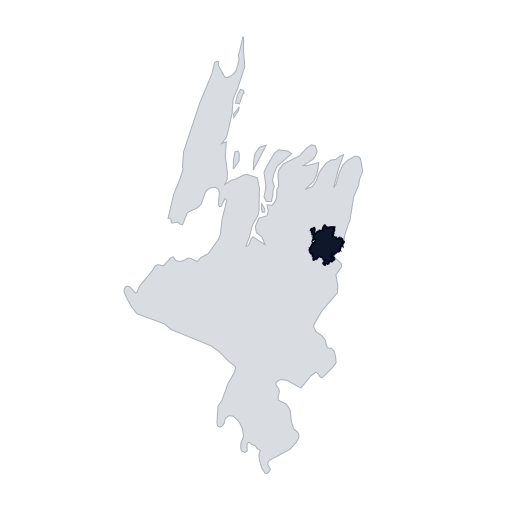 Jessore, Khulna, Bangladesh (highlighted), rotated 204°
{"feature_id": "16705992B28022870637862", "entity_name": "Jessore", "entity_type": "district", "adm_level": 2, "iso_a3": "BGD", "parent_name": "Bangladesh", "parent_adm1": "Khulna", "projection": "equal_earth", "projection_center": [89.196, 23.085], "detail": "fine", "context": "in_parent", "style": "filled", "palette": "ink", "viewbox_px": 512, "rotation_deg": 204, "n_neighbors": 0, "source": "geoboundaries", "source_scale": "gbopen_adm2", "svg_char_len": 9325}
<svg xmlns="http://www.w3.org/2000/svg" viewBox="0 0 512 512"><g transform="rotate(204 256 256)"><path d="M191.0,362.2L190.9,349.9L184.4,325.7L184.7,323.0L183.4,311.4L181.7,304.9L180.9,298.1L184.8,288.2L183.2,286.6L174.6,283.6L173.5,281.0L175.4,271.3L169.1,262.1L166.7,255.3L173.4,233.2L175.1,217.8L174.6,214.9L170.5,211.4L163.3,210.0L158.2,207.2L155.3,202.8L152.7,201.1L149.6,202.4L145.6,200.7L142.3,196.4L139.5,191.2L140.6,185.4L145.9,171.9L147.9,171.5L152.4,174.1L154.1,174.1L157.1,168.8L161.3,153.6L175.9,154.9L179.4,154.4L183.0,153.2L185.0,151.3L186.1,148.8L185.7,146.7L181.2,143.9L179.5,141.7L178.3,135.7L177.0,133.4L168.2,133.0L163.7,130.3L161.2,127.8L156.7,119.5L151.2,113.4L146.0,111.9L144.0,109.9L142.9,106.8L143.5,102.2L146.2,93.5L160.7,74.7L161.1,72.6L160.5,70.2L156.3,67.2L156.0,65.7L157.2,61.7L159.6,61.3L164.6,64.8L169.6,70.6L172.6,75.8L172.7,79.9L176.7,80.7L180.0,82.5L183.4,82.0L185.6,83.0L187.1,82.6L187.6,80.3L184.8,74.3L186.2,71.9L189.5,72.0L191.9,74.2L193.6,78.8L193.9,85.8L197.8,92.3L203.0,96.8L207.0,98.9L211.8,100.4L215.9,99.0L218.0,94.5L217.1,90.5L217.7,86.9L219.4,84.9L222.0,85.1L223.9,87.9L229.6,103.2L228.4,110.0L229.7,128.7L228.3,141.0L229.2,145.7L230.2,146.6L238.7,148.9L251.0,153.8L260.5,155.6L303.2,154.3L312.5,156.7L341.0,154.8L348.8,158.8L357.3,165.2L362.1,169.9L363.0,172.7L362.5,175.0L360.9,176.3L358.0,176.3L351.3,173.2L350.1,174.1L350.1,181.5L344.8,200.1L344.1,205.9L342.2,208.2L336.6,209.4L332.9,220.2L331.3,221.6L327.6,219.2L325.3,219.6L322.4,220.6L319.6,223.1L317.6,226.2L315.3,227.2L307.3,227.1L305.8,232.1L300.6,238.7L297.1,256.2L297.4,261.6L301.9,275.6L305.1,293.7L306.3,295.6L307.8,295.8L307.9,287.4L309.3,286.3L311.2,287.3L315.0,298.5L317.1,301.4L320.5,302.2L324.3,300.5L327.1,297.2L328.2,293.6L327.1,281.4L328.9,276.4L335.4,269.0L336.3,266.7L335.8,254.5L338.2,254.1L341.5,255.1L345.7,252.1L347.0,252.1L348.7,255.2L351.7,254.7L356.3,278.9L356.8,296.1L357.9,305.6L359.5,307.8L364.6,322.1L369.6,372.6L370.4,404.7L372.5,415.6L370.9,418.1L369.3,418.6L367.8,414.7L357.1,406.6L354.6,407.4L351.0,412.1L349.6,416.5L350.2,422.7L351.4,428.8L354.0,432.3L354.2,436.2L357.1,450.7L356.3,450.7L350.5,437.5L343.3,424.6L340.9,401.4L340.7,389.9L335.8,376.4L331.2,353.0L333.1,344.7L329.7,348.3L324.4,334.3L316.1,320.6L313.6,314.5L313.5,308.6L310.0,314.5L305.2,318.7L300.3,325.0L297.0,326.9L286.6,328.0L280.6,319.6L271.9,299.1L270.7,294.4L271.8,282.4L269.8,270.9L269.1,260.9L267.6,261.8L267.0,264.5L267.4,268.8L266.7,272.3L252.3,270.0L258.5,276.0L265.1,277.4L268.6,282.8L268.8,291.7L262.3,297.2L262.9,301.7L266.7,307.2L262.1,308.8L260.9,312.4L260.8,317.6L264.0,325.5L263.5,328.6L269.0,339.0L270.0,344.0L268.7,351.0L257.0,365.2L253.6,375.3L250.7,380.1L247.0,380.9L242.6,376.2L242.5,371.2L243.4,367.3L249.5,357.9L246.2,359.2L236.7,367.0L234.8,360.6L233.6,354.8L233.6,347.6L238.2,336.9L232.9,342.2L231.5,348.9L232.2,356.8L231.5,362.3L229.5,369.6L226.7,374.0L222.2,376.8L220.2,381.1L217.2,384.3L216.1,369.6L212.8,349.8L212.1,354.1L213.8,366.3L213.7,374.3L211.3,380.6L206.3,387.4L202.5,388.4L200.2,387.4L193.1,377.1L192.5,367.5L191.0,362.2ZM278.3,362.4L269.5,364.8L265.0,364.1L273.3,346.3L273.0,338.3L271.7,331.9L267.4,326.7L267.2,322.9L265.2,317.9L264.2,311.9L268.9,310.0L272.8,313.4L274.2,320.2L276.1,325.2L282.7,335.6L282.7,342.0L280.9,357.7L278.3,362.4ZM297.1,356.6L291.8,361.4L293.4,333.3L297.4,343.7L298.5,349.3L297.1,356.6ZM317.6,342.6L315.2,344.6L313.0,342.9L310.2,336.3L311.5,327.9L312.4,326.7L315.8,335.2L317.6,342.6ZM337.8,401.9L334.7,402.2L333.2,400.2L333.9,397.4L333.0,388.3L336.9,387.4L338.4,395.0L337.8,401.9ZM334.2,376.4L332.0,385.5L331.1,381.4L332.6,373.5L334.2,376.4ZM271.2,303.3L272.1,306.2L267.2,302.5L265.9,299.8L268.1,298.4L271.2,303.3Z" fill="#d9dde1" stroke="#a8b0b8" stroke-width="1"/><path d="M201.4,275.8L201.3,276.0L201.3,276.3L201.0,276.5L201.2,277.3L201.1,277.5L200.7,277.7L200.3,277.6L200.4,277.9L200.6,277.9L200.8,278.1L200.7,278.6L200.1,278.9L199.9,278.8L199.6,278.9L199.5,279.2L199.2,279.3L199.0,278.8L198.7,279.8L198.8,280.0L198.9,280.4L198.5,281.1L197.9,281.3L197.0,281.2L196.9,281.6L196.5,281.7L195.8,281.4L195.7,282.2L195.1,282.0L195.0,282.3L194.3,281.9L193.8,281.5L193.9,280.9L193.7,280.7L193.7,280.8L193.0,280.3L192.4,279.9L191.4,280.2L190.8,281.0L190.6,280.7L191.2,280.1L191.7,279.7L191.6,278.7L191.2,278.4L191.1,278.1L191.3,277.7L191.5,277.5L191.8,277.5L192.0,277.0L191.9,276.8L191.7,276.8L191.8,276.5L191.7,276.4L191.4,276.5L191.1,276.7L190.4,276.5L190.5,275.7L190.2,275.7L189.6,275.6L189.5,275.9L189.1,276.0L189.3,276.3L189.6,276.4L189.8,276.8L190.2,276.9L190.1,277.1L189.4,277.4L188.9,277.8L188.7,277.7L187.7,277.7L187.4,277.6L186.7,278.5L186.4,278.6L186.8,279.8L186.5,280.3L186.6,280.5L186.8,280.7L186.8,281.0L186.7,281.3L186.1,281.6L185.9,281.4L185.8,281.5L185.7,281.4L185.6,281.5L185.1,281.4L185.0,281.8L184.5,282.1L184.2,281.9L183.4,282.0L183.6,282.0L183.9,282.2L184.0,282.1L184.2,282.7L184.1,283.1L183.8,283.3L183.8,283.2L183.7,283.2L183.7,283.6L183.9,283.6L184.0,283.9L183.8,284.2L183.2,284.1L182.9,284.3L182.9,285.2L183.3,285.1L183.6,284.8L183.7,285.0L183.7,284.8L184.0,285.0L184.2,285.7L184.1,286.4L184.3,286.4L184.4,286.2L184.5,286.1L184.2,286.0L184.6,286.1L184.9,286.1L184.9,286.5L185.5,286.9L185.8,286.8L186.0,286.5L186.6,286.3L187.0,285.8L187.3,286.3L187.4,286.2L187.1,285.8L187.2,285.6L187.5,285.8L187.4,286.2L187.6,285.8L187.9,286.2L188.2,286.3L187.7,286.2L187.4,286.4L187.4,286.6L187.7,286.7L187.8,287.1L187.7,287.1L187.4,287.7L187.5,287.8L187.3,288.1L187.4,288.5L187.3,288.4L187.2,288.5L187.2,287.8L186.5,287.7L186.3,288.0L186.3,288.5L185.7,288.6L185.6,288.9L185.4,288.8L185.1,289.4L185.1,289.9L184.8,289.8L185.0,290.0L184.9,291.1L184.6,291.0L184.4,291.1L184.3,292.1L183.9,292.0L183.4,293.2L183.0,293.5L182.5,293.3L182.4,293.4L182.6,293.7L181.8,294.0L182.1,294.3L182.1,294.7L181.9,294.8L181.9,295.0L181.7,295.0L181.6,295.4L181.7,295.5L181.4,295.5L181.8,295.8L181.7,296.0L181.8,296.2L182.1,296.3L182.1,297.8L182.6,298.1L182.6,298.3L182.4,298.6L182.4,299.1L182.2,299.0L182.0,299.6L182.1,300.1L182.4,300.2L182.4,300.4L182.2,300.6L180.6,300.1L181.0,300.7L181.4,300.6L181.6,300.8L181.6,301.7L181.9,302.2L181.3,302.7L181.2,303.1L181.1,303.7L181.3,304.7L181.8,304.1L182.1,304.3L182.3,303.9L183.1,304.0L183.0,305.0L182.7,305.2L182.9,305.6L183.7,306.0L183.8,306.3L184.3,305.9L184.2,306.5L184.3,306.7L184.6,306.6L184.8,306.2L185.0,306.4L184.8,306.5L185.1,306.6L185.4,306.5L185.5,306.7L185.7,306.3L185.6,306.2L185.8,306.0L186.2,306.4L186.2,306.6L186.4,306.5L186.6,306.3L186.9,306.1L187.1,306.5L187.2,306.1L187.5,306.1L188.0,306.5L187.8,306.2L188.0,306.1L187.9,305.7L188.0,305.3L187.7,304.8L187.9,304.5L189.2,304.4L189.5,304.9L190.2,305.5L190.5,304.7L190.7,304.8L190.7,305.2L190.9,305.5L191.1,305.2L191.3,305.1L192.0,305.3L192.4,304.9L192.7,305.5L193.5,306.0L193.7,305.9L193.8,305.6L193.8,305.3L193.5,305.0L194.0,304.6L194.0,305.1L194.2,305.5L194.7,305.7L195.6,307.7L195.5,308.1L195.4,308.2L194.3,307.3L194.0,308.0L194.0,308.3L194.7,309.1L194.9,309.5L194.6,310.7L194.7,311.5L195.3,312.5L195.7,312.5L195.8,312.0L195.9,311.9L196.2,312.2L196.4,312.6L196.4,313.6L195.7,313.8L195.6,314.0L195.7,314.4L195.9,314.6L196.7,314.2L196.9,313.2L197.1,313.0L197.5,313.5L197.6,313.3L197.8,313.2L198.3,313.6L198.6,313.5L198.8,313.1L199.1,313.1L199.2,312.9L199.7,312.9L199.9,312.6L200.1,312.6L200.1,312.3L200.4,312.0L200.9,311.9L201.1,311.2L201.3,311.1L201.5,311.3L201.9,311.5L202.0,311.3L201.9,310.8L202.2,310.9L202.4,310.7L202.8,311.0L203.0,310.1L203.4,310.7L204.0,310.8L203.8,311.1L203.3,311.2L203.4,311.4L205.0,311.8L205.0,312.1L204.7,312.3L206.0,312.2L206.2,311.8L206.1,311.5L206.2,311.0L206.1,310.7L206.4,310.4L206.5,310.2L206.3,309.9L205.8,309.7L205.9,309.3L206.2,309.3L206.4,308.9L206.4,308.6L206.1,308.3L206.2,307.9L205.9,307.1L205.5,306.9L205.6,306.2L206.8,305.9L206.9,305.4L207.2,305.2L207.8,305.4L208.4,305.3L208.2,304.9L208.3,304.7L208.6,304.6L208.9,303.7L210.0,303.4L210.1,302.4L210.1,301.2L210.5,300.7L210.5,300.3L211.2,300.1L211.6,300.3L211.8,301.2L212.5,302.3L212.7,303.0L212.8,304.0L213.2,304.7L214.2,305.7L214.6,305.5L214.8,304.6L215.9,304.1L216.8,302.8L216.7,301.9L216.1,302.4L215.5,301.9L215.4,301.0L215.3,300.9L215.2,301.0L215.2,300.7L215.1,300.3L214.7,300.2L214.1,299.7L213.9,299.0L213.7,298.6L213.1,298.2L212.0,298.6L211.7,298.4L211.5,298.0L211.3,297.1L211.1,297.4L210.8,297.1L210.8,296.3L211.3,296.2L210.6,295.8L210.8,294.6L210.7,293.1L210.4,293.6L210.2,293.7L210.0,294.3L209.6,294.8L209.4,295.2L208.5,295.1L208.4,295.2L208.6,295.6L207.8,295.0L208.1,293.6L207.7,292.1L207.5,291.6L208.1,291.2L208.2,291.3L208.2,291.0L208.5,291.1L208.5,291.3L209.0,291.2L209.6,291.3L209.6,290.9L209.0,290.4L209.1,290.1L209.3,290.1L209.3,289.7L209.2,289.8L209.2,289.5L209.5,289.5L209.4,289.0L209.6,288.9L209.8,288.4L209.6,287.9L209.7,286.8L209.6,286.0L209.8,286.2L209.6,285.6L209.4,285.6L209.5,285.3L210.3,285.0L209.9,284.6L209.8,284.3L209.7,283.8L209.9,283.3L209.5,282.7L209.0,282.6L209.1,282.4L208.6,282.2L208.3,281.7L207.9,281.6L207.7,281.3L207.4,281.3L207.5,281.2L207.3,281.2L207.2,280.5L207.0,280.4L206.9,280.4L206.7,280.8L206.4,281.1L206.0,281.6L205.7,281.6L205.7,281.0L205.4,280.3L204.8,280.7L204.7,280.6L204.8,279.9L204.5,278.9L204.2,278.8L204.1,279.3L203.6,278.5L203.3,278.4L202.7,277.8L202.8,277.2L202.6,277.2L202.2,276.8L202.2,276.4L202.4,276.2L202.3,275.9L201.9,275.8L201.8,275.6L201.4,275.8Z" fill="#0f172a" stroke="#020617" stroke-width="1.5"/></g></svg>